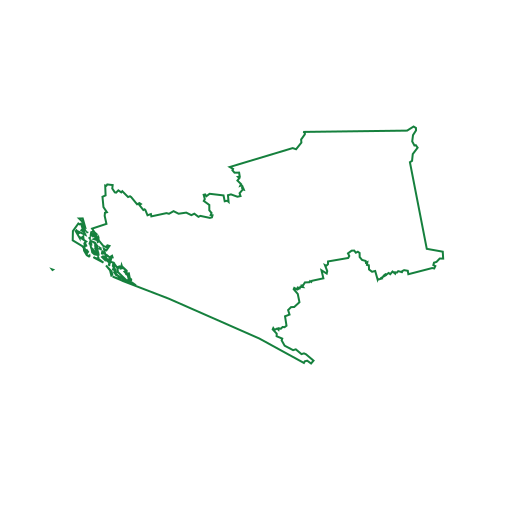 Wellington, Victoria, Australia (Mercator projection), rotated 69°
{"feature_id": "25037944B69891051906105", "entity_name": "Wellington", "entity_type": "district", "adm_level": 2, "iso_a3": "AUS", "parent_name": "Australia", "parent_adm1": "Victoria", "projection": "mercator", "projection_center": [146.771, -38.038], "detail": "fine", "context": "isolated", "style": "outline", "palette": "green", "viewbox_px": 512, "rotation_deg": 69, "n_neighbors": 0, "source": "geoboundaries", "source_scale": "gbopen_adm2", "svg_char_len": 6176}
<svg xmlns="http://www.w3.org/2000/svg" viewBox="0 0 512 512"><g transform="rotate(69 256 256)"><path d="M193.8,60.8L191.6,62.5L193.1,70.0L157.1,167.4L158.4,166.2L159.9,166.8L163.4,172.1L166.4,173.0L170.7,180.3L168.4,183.1L163.5,248.6L166.5,246.2L167.5,247.3L170.5,246.2L172.1,241.9L176.0,242.7L175.7,244.4L177.3,243.6L178.9,246.3L183.5,244.2L184.8,245.5L184.8,244.1L186.2,243.6L187.3,244.0L187.0,245.3L188.1,243.6L189.7,243.6L189.1,244.4L191.5,248.8L194.5,249.0L194.0,252.1L189.5,257.3L189.2,260.4L195.6,262.2L194.1,263.0L193.7,265.6L187.8,264.6L181.3,277.0L182.4,280.9L180.3,281.4L180.1,282.9L184.5,283.4L185.9,285.0L191.6,281.3L196.6,283.2L199.9,282.1L201.5,283.6L202.4,282.0L204.1,283.3L203.9,285.4L198.6,293.6L198.8,295.7L194.4,298.4L194.7,301.7L190.5,305.6L188.8,313.1L184.6,316.9L185.4,322.1L183.9,324.2L181.5,339.5L179.2,339.1L179.1,342.7L173.5,342.8L172.5,343.3L172.7,344.7L166.6,346.6L166.2,344.9L164.8,345.9L165.1,348.5L156.3,351.4L155.1,352.2L155.1,354.3L147.6,357.6L148.3,359.0L145.4,361.0L146.7,363.9L146.0,365.0L141.5,366.0L138.4,364.4L135.9,369.2L136.8,370.5L136.1,371.5L145.5,374.7L145.7,378.1L155.7,380.9L161.7,379.5L161.5,381.5L164.3,382.9L172.4,384.1L171.7,399.2L175.0,398.5L174.7,401.3L176.7,402.5L177.0,399.3L178.6,401.2L179.4,399.7L178.8,398.0L177.3,398.7L175.9,398.3L178.7,396.9L180.3,398.0L180.3,396.8L181.1,399.9L181.1,397.8L181.7,397.2L182.1,401.3L182.9,400.2L182.0,399.8L184.0,398.3L182.4,396.6L185.1,397.2L192.0,394.9L194.0,392.6L192.8,390.9L194.1,389.2L197.1,393.6L194.8,395.4L201.7,396.3L201.4,395.1L204.8,393.1L204.2,390.3L205.9,390.4L205.6,391.5L209.2,394.0L211.2,391.3L211.9,391.0L213.5,391.7L215.1,391.7L213.4,390.8L216.7,389.9L216.8,387.0L218.2,385.4L217.4,385.4L216.5,384.8L218.4,384.9L219.0,386.1L218.7,384.3L223.4,382.0L226.2,383.4L226.6,380.9L231.4,381.8L233.1,380.9L233.9,381.3L233.4,382.4L233.8,383.0L234.0,382.0L235.9,382.5L236.4,381.2L240.4,378.6L236.4,381.6L236.1,383.6L233.9,384.2L233.3,387.4L264.6,352.7L334.2,282.5L373.0,249.6L371.8,248.2L372.1,245.7L376.1,243.1L374.3,239.8L365.6,244.6L364.1,246.1L363.9,248.7L357.4,252.3L357.2,255.1L350.0,261.4L344.0,262.3L342.5,261.1L338.3,265.5L335.9,264.5L330.5,266.7L329.5,265.7L331.6,265.2L331.3,262.2L333.0,261.4L331.7,260.5L332.8,258.9L331.8,256.6L332.7,254.9L332.0,252.5L322.7,250.5L322.7,245.7L318.0,245.4L316.3,241.6L317.3,238.6L314.7,232.0L306.4,230.6L300.5,232.7L299.5,231.7L301.8,229.8L300.8,228.8L302.0,228.6L301.8,227.5L300.3,227.9L301.8,226.7L300.7,225.6L301.9,223.2L299.9,223.8L300.1,222.3L298.2,219.8L299.6,215.7L298.8,214.5L300.0,213.7L299.2,212.7L301.0,201.1L292.8,200.0L297.7,196.3L295.6,194.9L289.2,194.9L290.3,193.9L289.5,191.8L286.9,190.7L290.9,170.6L289.4,168.9L286.5,169.2L285.3,164.8L286.1,162.4L288.7,161.6L288.5,159.4L290.3,158.2L294.1,159.6L297.7,158.4L299.9,155.4L301.7,155.8L301.6,154.2L304.1,155.6L305.1,154.0L309.1,155.3L312.3,153.3L312.7,150.1L321.5,150.9L320.9,150.4L321.8,150.1L322.1,146.6L321.3,146.8L320.6,142.5L319.9,143.2L319.4,141.6L320.1,141.1L319.4,138.2L321.1,137.2L319.4,134.1L322.2,132.5L321.1,131.9L322.0,130.5L321.1,128.7L323.2,125.7L324.1,126.0L322.5,124.9L322.3,122.8L324.2,119.6L327.6,120.3L330.4,95.8L331.5,94.1L329.7,92.2L328.0,93.7L326.0,92.2L326.2,89.6L324.2,85.4L325.5,82.2L318.9,80.1L310.5,94.0L223.6,78.7L223.1,76.2L217.0,73.1L212.8,66.3L209.8,67.1L209.6,68.5L205.0,69.1L199.4,66.1L196.1,61.6L193.8,60.8ZM181.7,409.3L175.1,413.9L175.9,414.2L168.2,415.4L167.7,414.4L172.1,413.1L169.4,413.2L175.1,407.7L172.1,407.8L169.4,409.8L169.0,409.0L170.7,408.3L168.5,407.5L169.6,405.7L167.2,408.0L163.1,407.8L163.2,409.4L162.0,410.2L167.1,418.0L175.7,421.5L184.6,414.6L186.9,413.9L189.4,414.6L194.6,413.7L196.6,412.1L196.3,411.4L195.8,411.3L196.1,412.4L194.3,413.6L188.9,414.3L187.6,413.8L188.7,413.3L185.3,413.0L185.5,411.3L182.4,412.1L183.7,410.9L182.2,411.0L181.7,409.3ZM221.6,390.6L232.4,385.6L232.7,383.2L227.8,382.6L226.5,383.7L223.9,383.3L224.5,384.0L223.4,384.4L223.2,382.5L222.3,382.7L219.6,384.3L219.2,387.0L217.5,387.0L218.1,389.8L222.5,390.9L221.6,390.6ZM191.2,401.3L187.5,401.9L188.2,401.1L185.8,401.6L182.5,405.1L185.5,407.5L184.3,406.0L185.2,405.3L186.1,405.6L185.3,406.5L189.5,407.0L190.3,406.3L195.2,404.9L197.4,404.9L198.2,403.5L195.7,403.5L197.4,402.3L196.0,402.0L193.3,402.9L194.1,401.9L192.0,401.6L191.3,403.1L189.7,402.7L191.2,401.3ZM168.3,405.2L158.8,404.3L157.6,407.7L162.6,405.4L166.9,407.1L168.3,405.2ZM228.9,391.2L223.9,397.2L232.5,388.2L230.0,388.2L225.1,391.7L228.9,391.2ZM222.8,397.0L218.7,396.4L211.1,399.4L217.1,397.4L223.5,398.2L220.1,397.3L222.8,397.0ZM204.7,398.1L208.8,395.7L206.8,394.5L206.8,393.2L205.6,396.5L203.7,396.5L204.7,398.1ZM201.5,398.9L201.8,400.1L204.7,398.8L203.5,398.5L204.3,398.3L203.4,396.6L201.5,398.9ZM190.1,406.9L194.0,407.6L196.6,406.2L196.8,405.6L190.1,406.9ZM221.7,392.7L218.1,392.2L216.7,394.9L218.6,393.1L221.7,392.7ZM196.7,397.9L199.2,399.4L198.1,398.2L199.6,396.8L196.7,397.9ZM207.5,400.8L202.2,404.2L199.6,407.6L198.5,407.6L199.6,407.7L207.5,400.8ZM211.6,391.8L214.0,393.2L214.5,393.1L214.7,392.9L211.6,391.8ZM189.0,412.1L189.8,412.2L192.3,411.9L191.9,411.3L189.0,412.1ZM190.0,400.7L188.7,400.5L190.8,401.0L190.0,400.7ZM175.8,410.3L176.2,411.6L177.1,410.6L175.8,410.3ZM196.0,450.5L195.4,451.2L196.1,451.0L196.0,450.5ZM186.2,398.7L186.1,398.0L184.8,398.5L186.2,398.7ZM210.0,394.6L208.5,394.9L210.2,394.9L210.0,394.6ZM207.3,393.6L208.4,394.4L207.0,393.3L207.3,393.6ZM214.5,392.5L215.5,393.0L216.2,392.5L214.9,392.2L214.5,392.5ZM177.2,402.2L177.7,402.7L178.5,402.8L177.2,402.2ZM169.6,406.4L170.1,406.9L170.9,406.2L169.6,406.4ZM212.7,395.8L211.2,396.3L211.5,396.5L212.7,395.8ZM219.6,394.3L220.7,394.3L222.5,393.3L222.8,392.9L219.6,394.3ZM202.0,403.7L200.7,403.8L200.9,403.9L202.0,403.7ZM179.3,404.5L179.5,405.1L180.3,404.9L179.3,404.5ZM180.1,401.3L179.1,400.9L178.7,401.0L180.1,401.3ZM183.2,399.9L184.0,399.0L182.9,399.6L183.2,399.9ZM232.5,386.0L231.4,386.9L231.7,387.0L232.1,386.9L232.3,386.6L232.5,386.0ZM172.9,404.5L173.4,405.1L174.2,405.2L173.6,405.0L172.9,404.5ZM193.7,398.0L192.3,398.9L192.7,399.0L193.7,398.0ZM193.9,398.5L194.0,398.7L194.8,398.6L193.9,398.5ZM222.5,394.0L223.2,393.7L223.9,393.1L223.7,393.1L222.5,394.0Z" fill="none" stroke="#15803d" stroke-width="2"/></g></svg>